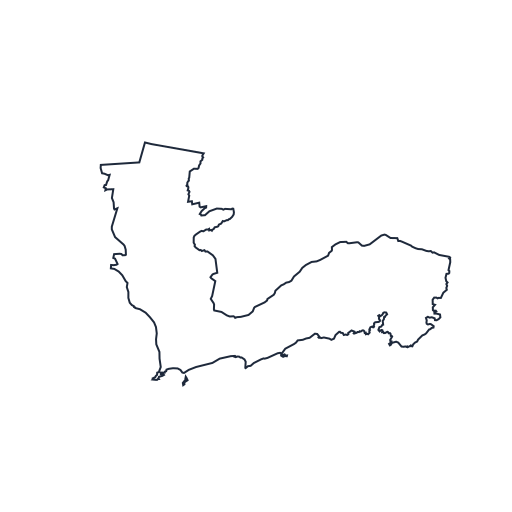 the district of Ninh Hai, Ninh Thuận, Vietnam, rotated 54°
{"feature_id": "81297802B76244887601508", "entity_name": "Ninh Hai", "entity_type": "district", "adm_level": 2, "iso_a3": "VNM", "parent_name": "Vietnam", "parent_adm1": "Ninh Thuận", "projection": "natural_earth1", "projection_center": [109.148, 11.675], "detail": "fine", "context": "isolated", "style": "outline", "palette": "slate", "viewbox_px": 512, "rotation_deg": 54, "n_neighbors": 0, "source": "geoboundaries", "source_scale": "gbopen_adm2", "svg_char_len": 6161}
<svg xmlns="http://www.w3.org/2000/svg" viewBox="0 0 512 512"><g transform="rotate(54 256 256)"><path d="M98.9,279.1L111.7,295.4L91.1,328.0L93.5,330.0L98.6,331.9L100.4,330.2L103.6,328.3L104.3,326.7L107.9,331.2L108.1,332.4L110.4,335.6L109.7,336.8L111.0,338.8L113.0,337.7L114.3,339.2L114.7,337.2L118.1,332.2L124.4,338.5L128.8,339.6L134.2,343.0L135.2,343.1L135.9,340.1L147.5,355.4L149.7,357.0L157.9,358.9L168.9,356.4L170.7,356.4L174.3,357.7L178.5,360.5L178.4,361.4L177.0,363.5L175.3,363.7L174.1,364.9L171.1,369.7L173.7,372.6L175.3,371.6L181.1,372.7L181.1,373.9L179.8,376.5L178.1,378.5L180.7,380.7L183.2,378.2L187.9,376.2L193.0,375.5L199.7,376.2L202.3,375.8L205.2,378.8L210.1,380.4L214.9,383.9L219.6,385.6L222.7,385.3L224.8,384.3L225.6,384.7L226.6,384.0L227.2,384.2L230.8,381.2L237.0,378.6L243.1,377.8L249.8,377.5L254.7,378.7L260.3,381.8L264.6,385.8L268.9,388.6L276.8,390.5L282.4,394.4L289.8,398.3L292.8,402.8L292.3,404.5L294.0,405.9L294.2,407.7L294.8,408.7L294.3,411.5L295.1,411.7L295.2,412.2L297.6,409.5L298.1,408.6L297.8,407.7L298.4,406.9L297.6,406.8L296.7,405.5L297.9,402.3L298.1,400.4L296.9,400.5L295.6,402.4L294.3,401.6L296.7,398.4L296.0,397.6L296.4,396.4L295.3,395.2L296.0,392.9L298.0,389.1L300.9,385.5L303.8,384.1L307.0,384.1L308.3,383.0L308.6,377.3L310.6,369.7L316.9,354.1L317.7,345.7L322.2,335.3L324.5,331.7L325.3,331.5L325.3,332.3L325.9,331.9L326.4,330.1L327.5,328.8L329.0,328.3L329.6,327.3L332.9,326.1L335.5,326.5L340.2,330.4L340.6,330.3L340.4,327.3L341.7,324.9L341.3,320.7L342.6,312.6L343.3,310.1L344.1,309.4L345.2,306.6L347.4,295.7L348.5,293.4L350.0,292.4L348.2,286.8L349.6,276.9L349.6,274.6L348.8,271.9L351.3,267.4L352.2,263.9L353.7,260.7L353.5,254.0L355.1,252.3L358.1,252.2L358.5,253.3L359.3,253.1L359.8,251.9L360.7,251.6L361.8,249.0L366.0,245.2L368.1,244.3L368.7,241.5L366.7,238.1L366.2,233.3L366.7,232.6L367.8,232.6L369.3,231.1L371.5,231.4L372.3,229.5L373.5,228.7L373.6,227.3L372.5,226.7L372.4,222.5L375.2,220.7L375.7,221.1L376.0,222.4L376.4,222.3L377.3,219.6L377.1,218.6L378.1,217.4L377.8,216.4L378.7,215.7L378.7,213.7L379.4,212.8L380.5,212.6L382.2,213.3L382.6,212.3L383.9,213.0L384.3,211.8L385.2,211.3L384.8,209.1L383.3,208.5L382.9,207.3L382.0,207.4L380.9,205.3L381.3,203.8L382.6,203.2L382.8,202.7L382.5,202.1L381.8,202.4L381.0,200.7L380.0,200.2L379.7,199.4L379.7,198.5L381.5,195.4L381.4,193.9L380.6,193.4L379.1,193.5L378.1,192.5L376.2,192.2L376.3,191.0L377.7,190.8L377.8,190.1L377.8,188.3L376.8,186.4L377.0,185.3L378.3,183.9L380.2,184.2L380.5,186.5L381.1,187.5L380.7,188.2L382.4,189.8L382.9,191.6L386.3,193.5L386.0,194.4L386.7,196.1L386.1,198.0L387.7,200.4L388.5,200.5L389.0,199.7L389.6,200.0L389.6,198.0L390.3,197.4L391.1,197.7L391.8,198.7L392.5,197.7L393.5,197.9L394.2,196.9L394.5,194.3L395.2,193.9L396.5,194.1L397.1,193.0L398.0,192.9L399.9,193.9L400.5,193.2L401.2,193.2L402.8,196.8L403.8,197.3L404.7,196.6L405.3,197.4L405.3,200.0L407.0,200.2L407.1,199.2L406.2,197.1L407.7,193.0L409.7,191.8L414.8,191.5L416.3,189.8L416.9,188.4L418.1,187.6L418.0,186.9L418.9,186.9L419.4,184.1L419.9,183.8L419.5,183.2L420.9,182.5L419.9,180.8L419.5,178.3L419.9,175.9L418.9,174.0L418.0,168.1L418.6,165.7L418.6,163.9L417.2,159.1L417.7,157.9L417.4,156.3L418.2,154.5L417.2,153.5L414.1,154.5L413.2,155.2L412.4,157.2L411.2,157.7L410.1,157.3L408.4,155.7L406.0,154.9L406.2,152.7L407.9,151.8L408.9,149.8L411.4,148.1L413.1,148.9L414.1,147.7L414.4,145.3L414.0,142.9L411.5,141.5L408.6,143.9L407.5,145.5L406.2,144.7L406.7,142.7L405.9,142.7L404.6,144.5L403.8,144.7L401.4,143.1L400.7,139.9L398.8,141.3L395.2,138.8L394.4,136.3L395.7,134.5L397.0,134.0L397.2,132.9L398.6,131.1L395.8,126.0L395.5,121.5L393.7,120.8L392.5,118.9L390.6,118.5L390.0,116.6L388.3,116.9L385.0,115.5L382.4,112.4L383.5,110.6L383.3,109.6L381.8,108.4L380.6,108.6L375.2,102.5L373.0,101.0L371.8,101.2L372.0,100.4L371.4,99.8L370.2,100.2L362.8,107.2L357.7,109.8L357.1,111.2L354.7,111.7L353.8,113.4L352.0,115.2L348.1,117.8L345.6,120.8L343.4,122.4L340.2,124.2L338.7,124.5L330.0,129.6L328.5,130.6L327.5,132.1L324.6,131.2L320.5,136.6L315.3,138.6L314.2,139.5L313.1,142.6L313.4,157.2L311.4,162.5L309.9,164.2L305.2,165.2L304.3,166.1L300.5,173.1L299.6,174.2L297.6,174.6L294.2,179.7L293.3,184.9L293.4,189.4L295.8,191.0L296.3,191.8L296.4,195.0L298.1,197.5L296.9,206.4L296.0,210.1L293.5,214.5L292.6,220.9L292.8,225.5L294.4,229.9L294.9,237.3L296.8,241.9L296.5,244.6L295.3,247.2L295.2,250.3L294.6,252.8L295.5,260.7L297.0,262.5L297.8,264.4L297.5,272.0L298.5,273.2L298.6,276.3L296.6,286.8L296.8,287.9L298.9,291.2L299.3,296.7L296.3,304.1L294.3,307.3L293.8,309.2L292.7,309.1L291.5,309.7L289.5,312.8L286.9,314.5L281.0,316.8L275.5,321.8L274.4,321.4L270.6,318.4L269.2,318.0L264.1,317.8L262.6,315.0L252.4,303.7L247.7,305.3L246.4,305.3L245.4,302.1L245.5,301.0L246.8,297.2L234.5,290.5L230.1,290.5L223.8,292.6L222.7,294.3L221.0,294.3L220.1,296.9L218.6,297.2L218.1,298.3L213.6,299.8L211.9,299.9L211.0,298.8L208.6,298.6L204.4,295.5L203.5,294.0L203.3,292.1L203.4,287.0L203.7,285.3L205.1,284.0L205.3,280.7L206.3,279.4L206.5,278.0L207.8,278.8L208.5,277.1L209.6,276.8L209.1,275.7L209.3,274.4L208.5,272.6L209.7,269.8L209.7,269.0L208.8,267.6L209.3,265.1L208.2,262.3L209.2,261.5L209.8,258.6L210.5,257.7L210.3,256.3L210.7,255.5L210.3,252.3L209.3,249.7L207.7,248.2L204.4,246.6L203.7,247.3L203.7,248.5L199.7,253.3L199.3,255.2L197.7,256.0L194.6,259.8L192.4,267.4L193.0,273.3L191.1,276.4L190.2,276.2L189.0,276.8L187.7,273.6L187.2,269.4L187.5,267.9L186.4,267.0L184.1,272.2L182.9,272.6L179.5,270.6L176.7,277.2L174.0,275.7L172.2,279.1L167.9,274.5L166.3,274.4L165.0,272.1L163.8,271.9L162.8,272.7L161.1,270.6L159.8,270.0L158.8,271.0L158.3,270.9L157.7,269.4L156.5,268.7L155.7,267.2L155.6,266.0L153.8,264.9L153.4,264.0L148.7,259.9L148.9,254.9L151.2,252.0L151.0,250.7L149.3,248.8L148.5,246.5L146.8,245.3L146.6,242.9L145.5,242.0L145.2,240.8L143.9,240.9L143.2,240.4L142.2,238.0L104.0,274.8L98.9,279.1ZM315.8,385.0L315.6,384.4L314.0,383.9L312.4,383.8L313.9,385.4L315.0,385.7L314.9,386.9L315.7,389.8L317.7,390.8L317.7,389.3L316.7,388.8L316.1,387.5L316.3,384.4L315.9,384.3L315.8,385.0ZM353.9,291.4L355.2,290.0L354.7,289.4L354.0,290.6L352.4,290.7L352.0,292.4L351.0,294.0L351.5,294.2L353.5,293.3L353.9,291.4Z" fill="none" stroke="#1e293b" stroke-width="2"/></g></svg>